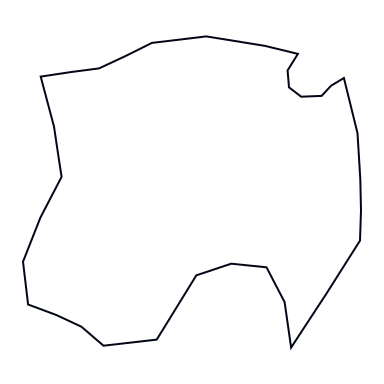 map outline of Şuşa (Natural Earth projection)
{"feature_id": "AZE-1737", "entity_name": "Şuşa", "entity_type": "District", "adm_level": 1, "iso_a3": "AZE", "parent_name": "Azerbaijan", "parent_adm1": "", "projection": "natural_earth1", "projection_center": [46.665, 39.686], "detail": "fine", "context": "isolated", "style": "outline", "palette": "ink", "viewbox_px": 384, "rotation_deg": 0, "n_neighbors": 0, "source": "natural_earth", "source_scale": "10m", "svg_char_len": 602}
<svg xmlns="http://www.w3.org/2000/svg" viewBox="0 0 384 384"><path d="M206.2,36.4L264.6,45.8L297.9,53.9L287.6,70.4L289.0,87.4L301.2,96.7L321.6,95.9L331.1,85.7L343.9,78.0L357.5,133.2L360.3,179.1L361.0,210.5L360.0,240.6L326.0,294.3L302.5,330.1L297.5,337.8L291.1,347.6L289.0,332.8L284.6,302.1L266.5,267.3L231.2,263.7L196.4,275.3L196.1,275.7L166.0,324.6L156.7,339.6L103.5,345.7L81.4,326.7L56.5,315.1L28.1,304.5L23.0,261.7L40.4,217.6L54.7,190.1L61.6,176.8L58.7,158.1L54.0,126.6L40.7,76.6L70.0,72.2L76.0,71.4L99.0,68.4L125.8,55.9L151.9,42.9L206.2,36.4Z" fill="none" stroke="#020617" stroke-width="2"/></svg>